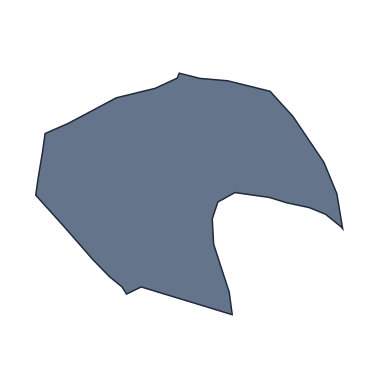 map outline of Renfrewshire (Albers equal-area conic projection), rotated 188°
{"feature_id": "GBR-2008", "entity_name": "Renfrewshire", "entity_type": "Unitary District", "adm_level": 1, "iso_a3": "GBR", "parent_name": "United Kingdom", "parent_adm1": "", "projection": "albers", "projection_center": [-4.557, 55.846], "detail": "fine", "context": "isolated", "style": "filled", "palette": "slate", "viewbox_px": 384, "rotation_deg": 188, "n_neighbors": 0, "source": "natural_earth", "source_scale": "10m", "svg_char_len": 612}
<svg xmlns="http://www.w3.org/2000/svg" viewBox="0 0 384 384"><g transform="rotate(188 192 192)"><path d="M135.1,76.1L229.2,90.9L242.6,81.8L248.0,88.2L261.7,96.5L280.6,111.1L314.2,140.2L346.3,167.1L346.3,184.0L345.6,211.8L345.6,227.9L345.6,229.5L324.3,242.6L280.0,274.8L243.0,289.5L222.5,302.7L221.2,307.9L200.3,305.6L172.3,307.1L128.7,302.6L102.4,280.7L65.5,239.7L48.3,210.4L37.7,176.6L39.4,178.2L56.6,188.5L73.9,192.9L96.0,194.4L114.9,197.4L133.8,197.4L149.4,197.4L165.0,185.7L168.2,168.2L163.3,143.3L151.9,119.9L141.2,98.0L135.1,76.2L135.1,76.1Z" fill="#64748b" stroke="#1e293b" stroke-width="1.5"/></g></svg>